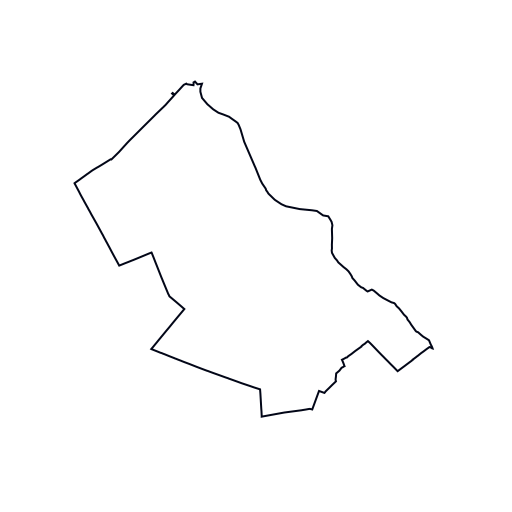 the district of Adunatii-Copaceni, Giurgiu, Romania, rotated 14°
{"feature_id": "2599482B97048996480927", "entity_name": "Adunatii-Copaceni", "entity_type": "district", "adm_level": 2, "iso_a3": "ROU", "parent_name": "Romania", "parent_adm1": "Giurgiu", "projection": "orthographic", "projection_center": [26.057, 44.248], "detail": "fine", "context": "isolated", "style": "outline", "palette": "ink", "viewbox_px": 512, "rotation_deg": 14, "n_neighbors": 0, "source": "geoboundaries", "source_scale": "gbopen_adm2", "svg_char_len": 4668}
<svg xmlns="http://www.w3.org/2000/svg" viewBox="0 0 512 512"><g transform="rotate(14 256 256)"><path d="M300.4,410.5L301.7,409.9L313.2,404.7L321.4,401.0L337.4,394.7L338.5,394.2L341.1,393.1L344.2,391.7L345.3,391.3L346.4,391.3L347.7,391.3L349.8,371.7L355.5,372.3L355.9,371.6L356.2,370.7L357.6,368.4L358.8,366.5L361.1,362.7L363.7,358.6L363.9,358.2L363.7,357.9L363.2,356.9L363.1,356.5L362.9,355.2L362.8,354.1L362.2,350.5L362.8,349.7L364.7,347.0L365.5,345.1L366.1,343.7L367.2,342.8L368.3,341.6L368.5,341.5L367.8,340.4L367.0,339.2L365.7,337.4L364.5,335.9L366.6,334.1L367.9,332.8L368.3,332.7L368.6,332.6L369.0,332.2L369.4,331.4L369.9,330.7L372.3,328.0L375.4,324.0L380.2,318.4L380.2,317.9L381.7,315.9L382.6,315.1L383.8,313.3L384.9,311.9L385.2,311.5L386.7,312.3L387.8,312.9L390.1,314.3L392.8,316.0L398.5,319.6L399.0,319.9L401.9,321.7L404.1,323.0L406.5,324.5L409.7,326.4L412.9,328.4L415.8,330.1L417.6,331.2L420.8,333.2L421.3,333.5L426.2,327.5L426.4,327.3L428.4,324.8L429.8,323.1L430.6,322.1L431.6,320.9L432.0,320.4L432.3,320.1L432.5,319.8L432.6,319.5L432.8,319.2L433.1,318.9L433.4,318.6L433.3,318.4L434.0,317.6L435.7,315.5L436.1,315.0L436.2,314.8L437.4,313.4L438.2,312.3L439.7,310.3L441.6,308.1L444.0,305.1L445.9,302.9L446.3,302.4L447.2,302.4L448.5,302.7L448.9,302.8L449.3,303.0L449.7,303.0L449.1,302.1L448.1,300.8L447.6,300.3L446.9,299.5L444.3,296.0L444.2,295.9L441.2,294.9L437.7,293.8L435.6,292.8L433.1,291.5L431.8,290.8L431.2,290.7L430.0,290.6L429.1,290.1L426.4,287.8L423.2,285.1L421.2,283.1L419.5,281.8L418.4,281.0L417.4,279.4L416.4,278.6L413.7,277.1L410.6,274.6L407.4,272.2L404.6,270.7L402.8,269.0L401.6,268.3L399.9,268.2L398.7,268.2L394.5,267.2L389.6,266.0L385.2,264.4L383.1,263.3L378.6,261.1L376.5,260.6L372.9,263.4L371.6,263.0L367.6,261.1L365.6,260.9L361.8,259.2L357.6,255.9L354.8,254.0L353.9,252.6L352.0,250.7L349.5,248.5L346.9,247.0L343.5,245.5L340.5,243.9L337.4,242.3L335.7,240.7L332.9,238.8L329.0,234.6L328.1,232.4L327.9,230.4L326.9,226.7L325.6,220.3L323.1,211.4L322.7,207.7L321.1,204.6L319.5,202.9L316.5,200.0L311.3,200.4L304.2,197.6L299.2,198.1L287.1,199.9L273.1,200.5L268.7,199.7L268.2,199.6L267.3,199.3L262.5,197.6L261.1,197.1L260.4,196.8L259.9,196.5L258.0,195.4L255.3,193.8L254.7,193.5L252.9,192.4L251.4,190.9L250.0,189.8L249.1,188.3L244.5,184.2L241.7,181.0L233.9,170.2L233.3,169.5L220.1,152.2L216.9,148.0L210.3,136.8L207.5,133.0L205.9,131.3L205.1,131.0L204.0,130.5L199.1,128.6L196.2,127.4L190.0,126.6L184.9,126.1L178.9,124.0L172.1,120.5L165.4,115.7L162.3,110.1L161.5,106.9L161.9,101.9L157.7,103.6L154.6,101.5L153.4,102.7L153.8,104.0L154.0,105.4L151.0,105.7L148.9,105.9L147.6,106.0L146.7,105.8L146.6,105.7L144.5,107.4L143.6,109.0L141.3,113.3L138.3,118.7L138.1,119.1L135.7,118.0L135.3,118.7L137.7,119.8L137.1,121.1L133.5,127.8L131.7,131.3L124.4,142.9L123.6,144.3L115.6,157.5L105.4,174.4L103.4,177.9L97.8,188.4L92.4,197.2L92.2,197.4L91.8,197.3L91.6,197.3L91.2,197.7L87.8,201.2L84.3,204.8L81.3,207.8L80.5,208.5L77.0,212.0L75.9,213.2L73.0,216.7L72.4,217.3L72.1,217.7L70.1,220.1L67.8,222.8L66.5,224.4L64.7,226.5L63.2,228.2L62.3,229.3L62.5,229.6L63.2,230.3L64.2,231.4L66.0,233.4L68.8,236.5L70.5,238.5L71.6,239.7L72.4,240.6L74.2,242.5L75.5,243.9L76.1,244.6L77.8,246.4L79.1,247.8L79.3,248.0L80.4,249.2L81.4,250.2L82.1,251.1L82.6,251.6L83.2,252.2L84.6,253.7L86.1,255.4L90.0,259.5L93.5,263.2L97.0,267.0L101.3,271.7L102.3,272.7L104.0,274.7L104.2,274.9L104.6,275.4L105.6,276.4L106.7,277.7L108.4,279.5L110.1,281.4L112.3,283.8L114.6,286.4L118.5,290.7L122.3,294.8L125.6,298.4L128.1,296.6L130.7,294.7L133.4,292.8L135.9,291.0L137.0,290.2L137.6,289.8L142.5,286.2L148.3,281.9L151.8,279.3L153.8,277.9L153.9,278.0L154.2,278.4L157.1,282.4L160.0,286.5L161.8,289.0L164.8,293.2L169.3,299.5L171.1,301.9L171.2,302.1L172.1,303.3L175.2,307.5L178.9,312.5L180.0,314.0L180.5,314.5L181.2,315.3L181.6,315.9L181.7,316.0L181.8,316.1L182.2,316.3L184.5,317.4L189.4,319.8L195.0,322.6L199.3,324.8L198.2,327.1L196.3,331.0L193.6,336.6L191.5,341.0L189.2,345.9L187.0,350.4L184.3,356.1L183.5,357.7L183.5,357.8L183.3,358.2L182.0,360.9L180.6,363.9L179.5,366.2L178.9,367.5L178.0,369.4L176.9,371.6L177.3,371.7L178.3,371.8L179.7,372.0L183.4,372.5L186.8,373.0L187.9,373.0L189.0,373.2L189.7,373.3L189.9,373.3L191.5,373.5L195.6,374.1L200.9,374.8L201.1,374.8L202.1,375.0L203.3,375.1L205.4,375.4L208.7,375.8L208.8,375.8L209.2,375.9L212.3,376.3L217.6,376.9L225.1,377.9L231.0,378.6L236.2,379.2L236.3,379.2L236.9,379.2L239.4,379.5L243.1,379.9L249.2,380.5L256.0,381.2L258.7,381.4L258.9,381.5L263.1,381.9L268.0,382.4L272.7,382.9L281.6,383.6L286.0,384.0L292.2,384.4L293.5,388.3L296.0,396.3L296.9,399.2L298.1,403.0L298.9,405.4L300.0,409.1L300.1,409.3L300.4,410.5Z" fill="none" stroke="#020617" stroke-width="2"/></g></svg>